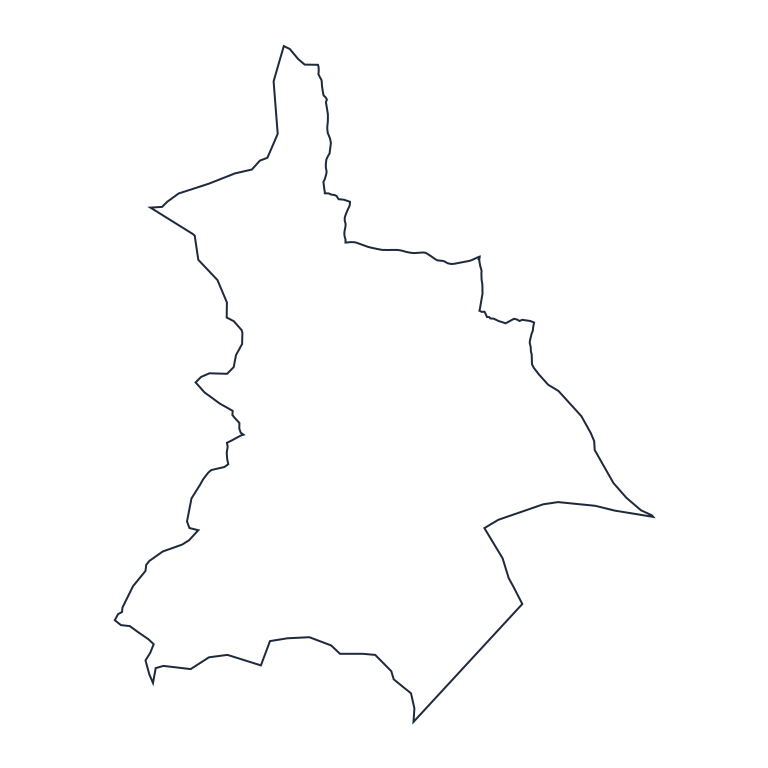 Okpokwu, Benue, Nigeria (orthographic projection)
{"feature_id": "59680162B94450341733030", "entity_name": "Okpokwu", "entity_type": "district", "adm_level": 2, "iso_a3": "NGA", "parent_name": "Nigeria", "parent_adm1": "Benue", "projection": "orthographic", "projection_center": [7.847, 7.064], "detail": "fine", "context": "isolated", "style": "outline", "palette": "slate", "viewbox_px": 768, "rotation_deg": 0, "n_neighbors": 0, "source": "geoboundaries", "source_scale": "gbopen_adm2", "svg_char_len": 3381}
<svg xmlns="http://www.w3.org/2000/svg" viewBox="0 0 768 768"><path d="M413.5,721.9L522.3,604.0L513.4,586.7L508.7,578.1L502.6,558.3L484.4,528.1L498.3,519.8L543.2,504.3L558.1,502.1L595.2,505.8L614.7,510.6L644.7,515.5L653.2,516.9L651.8,515.3L641.0,510.3L626.4,497.8L613.4,483.0L594.7,450.0L594.2,441.2L590.9,433.3L581.4,416.2L558.5,391.0L548.1,384.7L538.8,374.3L533.7,367.7L532.0,364.3L531.9,361.6L531.7,354.2L531.2,352.8L530.8,350.3L530.8,347.6L529.7,342.7L530.0,340.3L531.6,333.8L532.8,330.7L533.2,326.9L534.1,322.5L530.2,321.0L522.3,319.8L519.5,321.0L517.0,319.5L514.0,318.8L509.7,321.1L505.6,323.3L501.5,321.9L499.0,321.2L496.9,320.2L493.8,318.7L490.2,318.4L489.3,317.1L487.0,317.0L486.2,315.1L484.5,311.7L481.8,311.9L479.4,310.7L479.9,308.8L482.5,293.7L482.4,284.5L481.6,279.8L481.4,273.6L481.6,270.8L480.2,265.9L479.7,263.1L479.4,261.3L479.3,259.7L478.7,259.4L479.3,258.6L479.6,257.7L479.7,257.3L479.7,256.6L477.8,257.3L472.2,259.9L469.7,260.8L465.1,261.7L459.4,262.8L454.1,263.8L451.2,264.0L447.5,263.2L444.5,261.4L442.3,260.8L440.5,260.7L437.7,260.4L435.4,259.3L430.6,255.9L426.4,253.2L424.8,252.6L422.6,252.5L413.9,253.1L410.2,252.7L406.3,251.9L400.8,250.4L397.1,249.9L387.5,250.0L382.3,249.9L377.9,249.1L370.8,247.6L367.8,246.8L359.0,243.6L356.1,242.6L354.1,242.2L351.0,242.1L345.5,242.6L345.5,239.5L344.6,236.4L344.3,233.6L344.6,230.7L345.5,226.4L345.6,223.9L344.7,220.5L344.8,217.3L346.0,213.8L347.8,209.5L349.6,205.8L349.9,203.6L350.0,201.8L343.9,199.7L338.6,199.2L336.5,195.9L334.3,195.0L331.3,194.6L328.7,193.4L324.8,193.3L324.8,191.7L324.3,189.3L323.9,185.6L323.5,182.8L323.4,181.9L324.7,179.4L325.3,177.4L326.3,173.9L326.6,171.6L325.9,167.6L325.8,165.6L325.9,163.1L326.4,159.4L327.6,156.8L329.6,153.4L329.7,152.3L330.1,149.3L330.9,143.1L330.1,138.7L327.7,132.8L327.6,131.2L327.3,129.7L327.3,126.5L327.5,124.7L327.8,122.2L327.9,118.1L327.9,114.6L327.7,113.2L327.4,111.1L326.4,105.1L325.9,102.1L326.3,101.2L326.6,100.3L326.9,99.6L325.9,97.8L325.2,96.9L323.8,95.7L323.5,95.0L323.0,92.7L322.5,89.3L322.0,86.0L321.7,81.1L321.4,79.9L319.7,76.8L318.4,74.1L318.6,72.9L318.7,70.5L318.6,67.2L318.0,64.8L304.7,64.6L298.1,59.0L289.8,49.0L283.8,46.1L276.0,73.0L273.6,81.4L277.7,133.8L273.1,144.6L267.4,157.8L259.9,160.6L251.9,169.5L234.9,173.4L208.8,183.7L178.6,193.5L167.2,201.8L162.1,206.9L150.4,207.6L192.8,234.0L194.7,235.6L198.3,259.8L217.5,280.1L226.9,302.5L226.7,317.5L233.8,321.2L241.6,330.1L242.4,332.8L242.1,344.0L236.0,355.1L233.7,367.1L227.1,373.8L209.4,373.3L201.1,376.9L195.6,382.4L204.5,392.4L219.8,403.6L232.7,410.9L232.4,415.0L234.4,417.5L239.4,423.0L239.3,428.6L240.7,432.7L243.5,434.7L240.9,435.5L235.5,438.4L231.3,440.7L226.9,442.8L227.7,446.7L226.7,452.6L227.2,459.1L228.3,464.2L224.4,467.0L211.4,470.0L208.5,472.4L205.6,476.0L202.9,479.7L200.3,484.4L191.5,498.4L187.0,521.4L189.4,528.0L195.4,529.5L198.3,530.2L189.0,540.3L182.1,544.6L162.7,551.5L149.4,560.9L146.2,564.9L145.5,570.9L133.0,586.2L122.5,607.5L122.0,612.0L118.0,614.2L114.8,620.2L120.9,625.1L129.8,626.1L137.2,631.5L148.6,639.4L153.7,644.2L150.2,652.9L145.5,660.4L149.3,674.3L153.0,683.0L155.7,668.1L163.5,665.9L190.6,669.1L209.0,657.3L219.6,655.9L227.5,654.9L246.9,661.0L260.9,665.4L270.0,641.1L287.3,638.3L309.3,637.2L331.1,645.4L340.0,653.8L362.5,653.8L375.2,654.9L391.3,671.2L393.7,679.3L403.0,686.9L411.0,693.3L414.4,708.4L413.5,721.9Z" fill="none" stroke="#1e293b" stroke-width="2"/></svg>